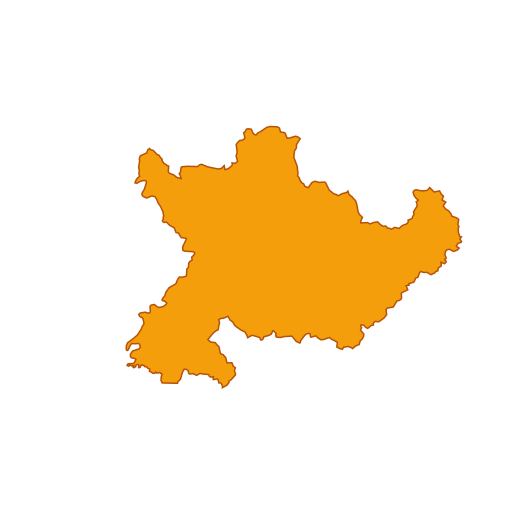 outline of Van Quan, Lạng Sơn, Vietnam, rotated 219°
{"feature_id": "81297802B89235073975729", "entity_name": "Van Quan", "entity_type": "district", "adm_level": 2, "iso_a3": "VNM", "parent_name": "Vietnam", "parent_adm1": "Lạng Sơn", "projection": "albers", "projection_center": [106.543, 21.85], "detail": "fine", "context": "isolated", "style": "filled", "palette": "amber", "viewbox_px": 512, "rotation_deg": 219, "n_neighbors": 0, "source": "geoboundaries", "source_scale": "gbopen_adm2", "svg_char_len": 6142}
<svg xmlns="http://www.w3.org/2000/svg" viewBox="0 0 512 512"><g transform="rotate(219 256 256)"><path d="M106.5,355.3L106.4,357.5L105.3,359.0L106.8,361.0L105.8,364.9L108.3,367.6L104.7,368.6L104.4,370.7L104.9,371.6L107.1,371.8L106.8,374.1L110.0,375.8L111.5,378.6L111.7,379.9L111.2,381.5L109.8,383.0L105.3,383.9L103.3,387.3L103.1,390.0L106.3,389.6L106.7,390.0L107.0,393.3L105.2,395.4L105.4,396.6L108.2,397.5L108.4,400.1L109.3,399.6L110.6,399.8L113.7,401.8L116.4,405.0L116.8,406.6L118.8,407.3L121.5,412.0L124.1,411.9L128.9,410.2L131.0,411.5L134.5,412.3L138.3,411.9L141.7,412.6L142.2,413.1L142.4,417.3L146.7,416.7L148.0,420.5L150.9,420.6L154.3,422.1L157.9,417.8L164.1,418.5L164.1,415.4L164.6,414.3L168.0,411.0L173.3,408.2L174.3,406.6L174.1,404.5L171.5,402.6L168.5,401.7L165.0,401.5L165.6,398.9L163.5,397.8L162.2,395.8L161.4,389.6L159.3,387.5L159.1,385.3L158.3,383.3L160.4,379.5L159.6,379.0L159.0,377.8L159.1,375.8L161.5,371.7L162.1,367.5L166.4,365.4L167.5,362.0L169.3,361.7L171.7,360.4L174.0,361.0L175.8,359.1L179.2,358.7L182.9,359.1L185.4,356.4L187.7,352.6L190.2,352.2L195.5,347.6L196.9,349.9L197.5,353.0L201.9,353.4L204.4,354.6L210.4,359.7L213.7,361.8L215.8,361.8L218.1,362.4L222.4,362.4L225.4,364.3L225.6,362.2L228.3,358.7L230.0,354.6L232.1,354.4L234.7,353.3L240.6,353.3L248.3,356.9L249.4,356.5L253.3,352.9L256.9,351.4L257.7,350.5L258.8,348.1L258.4,341.9L262.0,340.9L264.4,342.1L266.8,341.6L267.5,342.2L268.9,342.3L271.8,344.0L274.1,344.4L275.0,346.2L280.7,351.8L288.7,356.5L292.2,361.9L292.6,365.4L294.6,368.0L295.5,375.0L298.4,374.9L300.5,374.1L304.2,368.9L305.9,367.1L310.5,369.8L311.9,369.6L315.0,367.8L318.3,370.2L320.7,369.8L326.2,365.8L328.6,362.8L330.8,355.4L332.1,352.7L332.0,350.4L332.5,349.9L333.3,349.5L335.4,349.5L339.4,351.6L342.1,350.0L343.3,348.5L342.7,345.8L343.2,344.1L339.5,341.3L338.7,340.1L339.5,337.3L341.4,335.6L341.7,332.4L341.5,330.1L336.5,325.3L335.5,324.0L334.6,321.4L329.9,318.0L330.2,315.3L333.2,313.2L331.9,312.1L331.6,310.9L332.4,306.9L334.0,304.1L334.6,303.6L337.6,306.2L338.0,302.2L340.1,299.8L349.8,294.8L356.0,293.0L357.2,291.4L357.6,288.8L365.8,282.5L369.4,279.1L369.9,278.3L369.8,277.3L367.5,273.9L367.5,271.6L365.9,271.2L362.9,269.0L367.2,267.2L371.1,267.2L375.5,265.8L377.2,266.3L380.5,271.0L381.7,270.5L386.1,270.1L389.5,271.3L389.9,272.2L391.9,272.3L394.8,273.3L396.6,272.6L402.3,273.4L404.7,272.3L406.4,272.6L406.9,270.3L405.8,267.4L408.9,261.2L408.6,259.7L407.6,257.8L406.4,256.9L402.8,250.7L400.8,249.4L398.6,246.0L396.5,244.7L397.1,242.5L397.1,240.0L396.1,236.7L394.4,237.4L392.9,241.3L390.7,244.1L389.2,245.1L388.3,244.9L387.4,244.2L384.8,237.6L384.0,232.8L382.5,231.4L380.6,231.4L377.5,232.2L374.8,237.1L371.9,238.5L368.8,237.5L365.4,235.6L361.1,234.3L356.5,232.0L352.8,228.9L352.7,228.0L351.3,226.3L350.9,224.5L350.2,224.1L348.6,224.2L346.8,226.0L342.6,225.5L337.2,226.4L333.0,223.9L330.9,225.0L325.7,223.2L321.9,225.5L320.8,225.5L318.8,217.0L316.3,214.3L314.2,215.1L307.5,219.8L306.2,220.0L305.2,219.5L304.9,218.4L305.2,214.6L303.1,212.7L304.0,209.7L303.8,208.1L301.4,204.7L301.5,202.3L297.7,197.0L297.7,196.1L300.1,193.0L302.3,191.5L302.2,188.7L300.8,183.8L303.6,176.7L303.2,171.0L301.8,167.5L301.9,164.3L301.4,162.8L300.8,162.4L298.8,163.3L296.2,163.5L295.6,163.0L295.5,161.4L296.5,157.9L299.1,154.9L301.0,154.3L304.1,154.4L304.8,154.1L306.4,152.1L306.8,151.1L306.6,150.1L303.2,146.3L302.7,145.1L304.1,143.6L306.8,142.6L310.1,138.8L310.4,137.7L310.2,136.7L308.7,136.0L307.4,135.9L305.8,136.5L304.3,136.1L300.7,133.2L300.4,132.4L300.1,129.8L299.2,126.8L298.4,120.2L299.4,114.5L301.2,107.7L300.0,104.1L297.9,101.7L297.3,101.4L296.3,101.8L296.3,102.9L297.4,107.1L297.5,109.8L294.9,111.5L292.5,113.9L291.0,114.1L289.3,113.1L288.4,111.7L288.4,110.3L292.1,104.5L291.8,100.7L290.4,98.9L288.7,98.5L286.0,99.9L284.3,100.2L283.4,96.6L283.9,95.1L287.6,91.7L287.4,89.9L285.5,90.2L285.4,92.0L283.1,92.5L282.0,93.9L281.5,92.2L280.6,92.3L279.8,94.4L280.6,95.4L280.4,96.5L278.9,97.7L278.4,97.6L277.3,95.6L276.6,95.5L276.0,96.7L276.5,99.0L276.1,99.7L275.0,99.8L274.1,100.4L272.7,100.0L271.6,101.0L269.1,100.7L267.4,101.3L266.2,99.3L264.2,99.9L262.5,99.9L261.0,100.9L261.0,102.7L259.3,102.6L257.4,105.0L256.4,104.6L255.7,105.1L254.6,105.1L253.7,102.6L251.5,99.5L249.0,98.3L236.9,107.7L237.6,109.3L237.1,112.6L239.9,119.1L240.6,122.8L239.9,123.6L236.8,124.4L234.6,122.5L233.3,122.5L230.9,124.9L227.0,125.9L225.5,129.7L223.7,130.4L218.4,133.9L217.7,134.0L216.5,133.1L215.2,133.2L213.2,135.4L212.3,133.8L211.3,133.1L209.1,135.8L208.4,136.1L206.6,135.4L205.2,134.0L203.1,135.2L200.3,133.9L199.3,132.5L197.3,137.3L197.3,140.6L198.1,141.1L198.2,142.0L197.5,143.8L197.1,150.4L197.4,151.2L200.6,153.3L201.7,156.2L204.3,156.0L207.5,157.9L211.3,154.7L215.6,158.0L219.4,158.6L222.2,157.8L227.9,162.3L230.7,162.4L233.0,163.1L237.3,160.6L240.8,160.7L240.8,169.0L239.9,173.1L239.1,174.4L239.2,175.3L241.1,178.5L241.9,180.7L244.9,183.3L243.9,185.4L242.1,187.2L239.9,191.5L235.8,189.9L232.5,190.1L229.7,188.9L227.6,188.6L221.1,189.0L216.9,190.0L213.6,188.9L211.0,187.3L209.5,191.2L208.7,192.2L202.3,194.8L201.1,194.7L199.6,193.7L198.8,194.2L198.3,195.9L199.1,198.1L196.0,202.4L194.9,205.1L195.9,208.1L195.5,208.9L191.5,208.4L191.1,207.0L190.4,206.9L189.7,205.9L188.9,205.9L185.8,208.0L183.5,211.0L177.6,216.4L171.0,214.9L167.3,215.9L167.0,216.5L168.0,218.2L168.2,225.0L167.6,227.7L165.6,229.4L164.8,229.4L163.1,227.7L162.2,227.4L159.2,231.6L156.2,231.3L153.0,231.7L151.2,233.2L147.5,239.0L145.4,238.8L139.0,240.1L138.3,239.8L135.9,236.1L132.5,236.8L130.1,237.8L130.5,240.3L127.5,243.6L124.4,244.8L122.7,244.8L121.9,249.0L120.1,252.0L121.6,255.6L121.2,258.2L121.8,261.4L123.2,263.2L128.2,264.2L128.7,266.7L130.6,267.4L131.1,268.3L130.6,269.0L128.5,270.0L125.7,269.6L123.6,270.1L122.7,274.5L121.3,276.2L122.5,277.4L122.3,279.8L121.6,280.7L119.9,281.5L119.0,282.7L117.5,288.3L117.5,292.5L121.4,296.5L121.0,298.3L117.2,302.8L118.2,309.6L116.6,311.8L116.1,313.4L116.5,315.1L119.4,318.2L119.7,319.0L116.8,325.3L120.7,327.4L118.7,329.7L119.8,330.7L117.0,334.8L117.1,336.4L118.0,339.2L116.8,341.5L118.3,345.6L118.3,347.6L115.2,348.8L112.9,350.9L108.3,351.5L106.5,355.3Z" fill="#f59e0b" stroke="#b45309" stroke-width="1.5"/></g></svg>